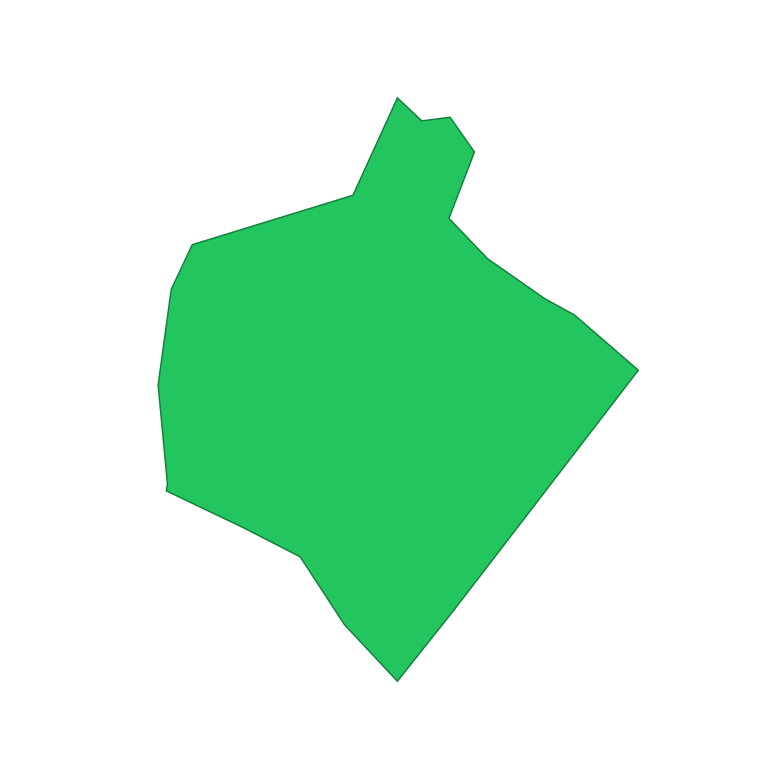 Grass Street, Castries, Saint Lucia, rotated 201°
{"feature_id": "8701671B71359677826666", "entity_name": "Grass Street", "entity_type": "district", "adm_level": 2, "iso_a3": "LCA", "parent_name": "Saint Lucia", "parent_adm1": "Castries", "projection": "equal_earth", "projection_center": [-60.988, 14.007], "detail": "fine", "context": "isolated", "style": "filled", "palette": "green", "viewbox_px": 768, "rotation_deg": 201, "n_neighbors": 0, "source": "geoboundaries", "source_scale": "gbopen_adm2", "svg_char_len": 423}
<svg xmlns="http://www.w3.org/2000/svg" viewBox="0 0 768 768"><g transform="rotate(201 384 384)"><path d="M151.5,488.0L231.0,516.7L264.3,521.2L332.3,538.1L382.7,561.9L382.7,633.0L417.9,656.7L443.1,643.2L474.0,655.9L480.6,549.1L612.9,445.4L616.5,396.0L594.5,302.1L550.4,213.2L548.9,206.2L463.2,199.4L400.3,192.6L334.8,145.2L265.0,111.3L237.8,197.7L151.5,488.0Z" fill="#22c55e" stroke="#15803d" stroke-width="1.5"/></g></svg>